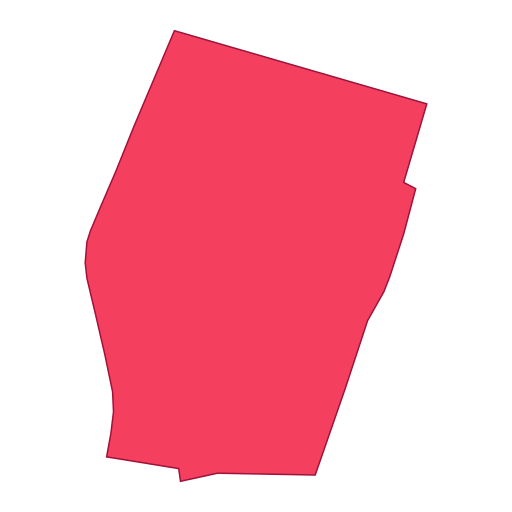 outline of Arafat, Nouakchott, Mauritania
{"feature_id": "47542326B30050302787661", "entity_name": "Arafat", "entity_type": "district", "adm_level": 2, "iso_a3": "MRT", "parent_name": "Mauritania", "parent_adm1": "Nouakchott", "projection": "mercator", "projection_center": [-15.959, 18.054], "detail": "fine", "context": "isolated", "style": "filled", "palette": "rose", "viewbox_px": 512, "rotation_deg": 0, "n_neighbors": 0, "source": "geoboundaries", "source_scale": "gbopen_adm2", "svg_char_len": 461}
<svg xmlns="http://www.w3.org/2000/svg" viewBox="0 0 512 512"><path d="M315.2,475.0L345.3,388.3L367.6,320.6L383.9,291.7L389.9,276.3L403.7,233.9L415.7,188.7L407.1,184.2L403.7,182.4L426.8,103.9L174.4,30.7L133.2,128.2L116.1,170.7L99.8,208.6L90.3,231.2L86.9,242.0L85.2,262.8L86.9,278.1L95.5,314.3L104.9,354.9L112.6,391.9L113.5,411.8L110.9,433.4L106.6,456.9L178.7,468.6L180.5,481.3L217.4,473.2L315.2,475.0Z" fill="#f43f5e" stroke="#9f1239" stroke-width="1.5"/></svg>